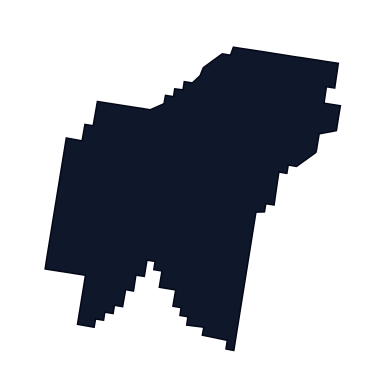 Washington, Oregon, United States of America (Albers equal-area conic projection), rotated 279°
{"feature_id": "52423323B3923941194406", "entity_name": "Washington", "entity_type": "district", "adm_level": 2, "iso_a3": "USA", "parent_name": "United States of America", "parent_adm1": "Oregon", "projection": "albers", "projection_center": [-123.085, 45.549], "detail": "fine", "context": "isolated", "style": "filled", "palette": "ink", "viewbox_px": 384, "rotation_deg": 279, "n_neighbors": 0, "source": "geoboundaries", "source_scale": "gbopen_adm2", "svg_char_len": 1144}
<svg xmlns="http://www.w3.org/2000/svg" viewBox="0 0 384 384"><g transform="rotate(279 192 192)"><path d="M291.8,325.0L300.4,325.1L300.4,308.5L317.0,308.3L317.0,316.7L342.0,316.4L341.9,307.0L341.8,276.9L341.7,275.8L341.7,262.3L341.7,258.2L341.7,255.2L341.7,238.5L341.6,226.0L341.6,225.1L341.5,216.8L341.5,215.4L341.5,210.2L333.2,208.6L333.2,200.3L324.9,192.0L316.5,183.7L308.2,181.8L299.8,175.3L299.8,167.1L291.5,167.1L291.2,158.8L283.3,158.8L283.3,150.7L274.8,150.5L266.7,137.9L266.6,92.6L266.6,84.4L242.0,84.0L242.0,75.7L225.3,75.4L225.7,59.4L101.5,58.9L93.0,59.0L93.1,99.8L43.4,99.6L43.1,116.5L51.5,116.6L51.5,124.7L59.7,124.7L59.6,133.1L68.0,133.1L67.9,141.4L85.2,141.7L85.0,149.7L101.1,149.6L101.2,158.1L117.6,158.2L117.7,166.4L109.3,166.4L109.3,174.7L92.8,174.6L92.7,191.2L76.2,191.0L76.1,199.3L68.2,199.4L68.1,207.5L59.7,207.6L60.3,224.8L52.2,224.6L51.0,250.1L42.3,250.1L42.0,258.1L50.6,258.1L181.6,258.3L182.1,258.3L183.7,266.7L192.0,266.7L192.0,275.1L212.9,274.8L225.3,274.7L225.2,282.8L233.7,282.8L233.6,291.2L250.4,308.1L252.4,308.4L269.3,308.5L275.2,325.0L291.8,325.0Z" fill="#0f172a" stroke="#020617" stroke-width="1.5"/></g></svg>